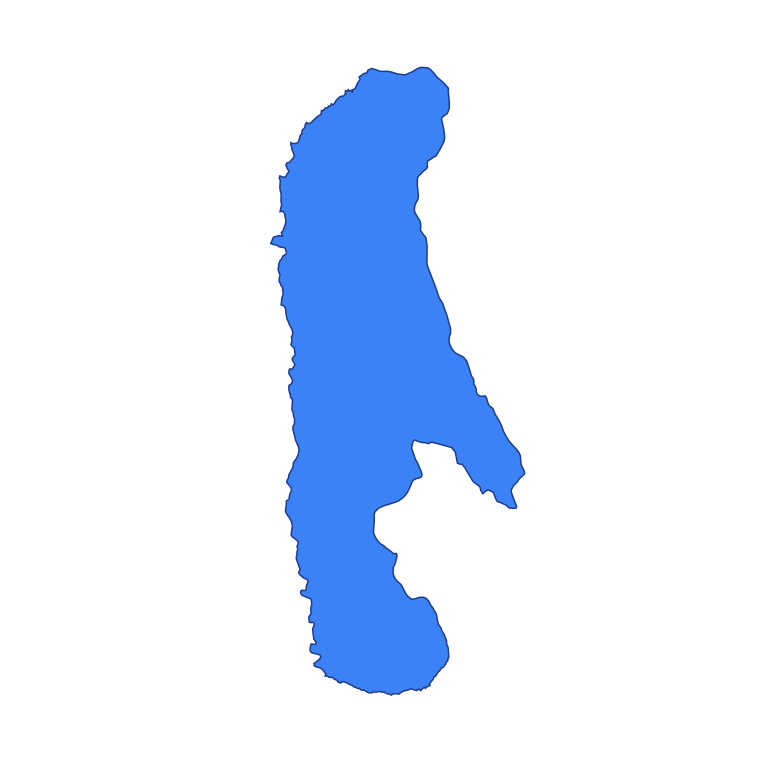 the district of Tasso Fragoso, Maranhão, Brazil, rotated 160°
{"feature_id": "56859067B89844171127470", "entity_name": "Tasso Fragoso", "entity_type": "district", "adm_level": 2, "iso_a3": "BRA", "parent_name": "Brazil", "parent_adm1": "Maranhão", "projection": "equal_earth", "projection_center": [-45.856, -8.308], "detail": "fine", "context": "isolated", "style": "filled", "palette": "blue", "viewbox_px": 768, "rotation_deg": 160, "n_neighbors": 0, "source": "geoboundaries", "source_scale": "gbopen_adm2", "svg_char_len": 6136}
<svg xmlns="http://www.w3.org/2000/svg" viewBox="0 0 768 768"><g transform="rotate(160 384 384)"><path d="M369.4,654.7L370.5,652.2L374.1,650.4L375.1,648.7L375.6,647.1L376.8,646.8L378.2,645.6L381.0,641.5L382.4,640.2L384.0,640.2L386.4,640.8L387.7,641.4L389.0,642.7L389.8,640.8L389.6,638.1L390.4,635.8L390.1,632.0L390.2,629.4L392.1,627.2L395.0,625.9L396.5,624.7L399.3,625.0L401.3,623.5L401.2,620.0L400.6,615.9L403.1,614.7L405.4,612.4L408.0,612.7L410.6,615.2L411.9,613.7L411.9,610.6L414.6,604.5L415.4,600.8L415.6,598.0L418.2,591.2L419.0,587.3L422.7,581.6L420.8,581.1L419.7,580.4L419.0,577.7L419.7,576.0L419.9,572.5L421.3,568.9L426.8,562.2L428.7,561.5L429.0,557.8L432.3,559.4L437.6,559.8L442.4,554.8L441.2,553.5L437.1,551.0L435.5,548.7L431.5,546.5L430.4,545.3L430.8,540.6L431.9,539.4L435.2,538.9L437.9,536.2L439.5,535.4L442.1,532.5L442.5,530.9L444.2,528.3L444.6,525.5L444.4,521.9L445.6,520.4L447.5,516.4L447.1,514.4L447.1,511.8L446.3,509.5L448.1,502.8L450.7,499.5L453.6,493.5L451.8,492.0L450.8,490.2L451.2,486.3L451.9,484.3L452.9,478.4L452.6,475.0L452.6,472.3L451.8,466.6L452.2,463.5L453.3,461.4L454.8,460.0L455.6,456.4L458.0,452.8L456.1,448.1L457.5,442.1L458.7,441.1L461.3,439.6L462.0,438.1L461.6,435.5L460.9,433.6L462.4,431.3L465.7,429.3L467.4,430.5L468.7,429.1L469.8,426.3L468.9,421.4L468.7,418.3L470.9,415.9L473.7,415.2L474.5,413.8L475.4,410.9L475.9,405.3L476.3,403.5L475.4,400.3L479.0,392.3L479.4,390.2L479.2,388.0L479.9,385.0L480.0,381.8L481.8,377.2L484.1,375.1L485.1,372.7L486.3,361.2L485.9,353.7L486.4,350.9L488.9,346.8L491.8,344.0L496.0,341.1L496.7,339.4L498.4,336.6L504.4,331.2L506.0,328.3L508.1,326.5L509.1,324.6L507.0,319.4L506.9,316.9L507.9,314.8L509.6,313.6L511.3,310.9L512.4,308.4L515.8,307.5L517.1,304.0L519.6,299.3L520.2,297.4L519.8,294.7L518.5,289.9L518.1,286.4L518.6,282.0L522.9,274.0L522.5,272.0L519.5,267.2L518.8,265.7L519.0,263.6L521.2,261.3L521.6,258.0L522.8,256.8L524.2,253.6L525.7,251.1L526.2,249.4L526.2,238.5L528.6,236.3L528.5,234.0L527.5,232.0L525.8,229.1L523.4,227.0L522.6,224.8L525.9,220.9L527.7,217.4L529.3,216.9L531.4,218.3L532.8,218.0L533.6,216.8L533.8,214.8L533.0,213.2L528.7,209.2L527.4,208.4L526.3,206.9L526.3,205.0L527.7,200.9L529.5,198.4L531.1,193.1L534.1,191.1L534.9,189.1L535.6,185.7L534.1,184.6L532.8,184.6L531.3,183.2L532.8,180.3L534.7,178.6L535.9,174.3L537.2,168.1L536.1,164.3L537.6,162.7L541.5,164.6L543.6,161.4L544.7,158.6L544.2,156.4L537.0,151.5L536.6,149.8L538.3,147.6L545.6,145.2L545.7,142.5L540.3,138.3L539.1,135.7L537.8,131.1L539.2,129.8L537.2,128.9L536.2,127.5L534.6,126.5L532.6,125.8L531.5,123.4L529.4,121.6L529.0,119.3L526.7,117.8L525.0,118.5L523.2,117.8L520.3,114.9L519.2,113.4L516.9,111.7L516.2,110.0L514.3,108.6L512.9,106.9L511.7,106.6L510.6,104.9L508.9,103.4L507.3,103.2L504.5,99.3L500.8,97.8L499.5,98.4L497.0,97.2L493.0,96.5L491.3,94.9L489.8,94.8L486.7,91.7L484.8,90.7L483.7,89.2L481.9,89.6L478.1,88.8L476.4,87.5L471.2,88.8L466.8,88.3L463.0,88.3L461.5,87.4L459.3,85.4L457.8,84.8L455.7,85.5L454.4,83.3L450.2,85.3L449.2,83.9L447.3,84.7L443.9,85.0L443.9,86.6L438.6,89.9L437.3,91.7L435.7,91.7L433.9,92.9L432.3,94.4L429.0,95.9L427.7,97.4L425.9,97.2L422.0,99.5L420.9,100.9L418.7,102.2L417.6,104.4L416.5,105.2L414.2,113.2L413.9,115.0L414.0,118.9L413.1,120.7L413.1,127.6L414.1,132.8L413.9,135.1L415.1,140.0L414.7,142.4L414.6,144.8L413.9,146.8L413.6,150.2L414.8,157.4L415.7,159.9L416.2,164.7L418.0,168.5L419.8,170.1L423.7,171.4L427.5,171.5L431.5,172.1L434.1,176.1L434.7,177.6L435.3,180.0L436.3,188.5L437.3,191.1L439.3,194.6L439.9,196.5L440.3,198.3L440.3,201.8L439.8,204.2L438.0,208.5L435.3,210.9L431.4,216.5L430.3,218.8L430.4,220.6L432.9,221.1L435.5,225.6L437.0,227.5L440.2,233.0L442.3,235.4L443.1,237.4L444.4,242.1L444.8,246.5L444.4,248.8L439.8,259.2L438.2,264.0L436.3,267.0L431.3,269.2L426.1,269.6L413.7,269.0L411.5,269.3L410.1,269.2L405.9,270.4L403.0,271.6L399.2,274.0L395.8,277.2L390.7,282.7L388.9,283.7L385.7,284.0L382.4,283.6L380.5,284.1L379.5,285.3L379.0,288.5L379.5,298.5L380.2,302.5L380.0,314.4L377.0,319.1L375.9,320.4L374.5,320.9L369.0,316.3L365.1,314.6L362.4,312.6L359.8,313.3L358.1,312.4L342.2,301.2L340.3,295.5L342.1,284.5L339.7,282.4L338.1,281.9L336.6,277.4L334.1,263.9L333.4,261.4L329.9,256.0L329.0,254.2L329.5,251.1L328.7,247.1L324.2,248.8L321.9,248.4L318.8,245.4L318.2,242.6L318.4,238.6L317.7,234.7L314.9,232.6L310.6,228.2L309.0,224.9L305.7,223.1L302.1,222.3L301.2,223.7L301.5,234.4L301.3,239.2L300.7,240.9L297.1,244.1L291.7,246.7L290.1,248.2L283.0,251.3L282.2,252.5L282.1,255.7L282.5,257.9L282.7,261.8L280.4,269.9L280.7,273.7L281.6,276.7L284.2,282.8L286.2,288.3L287.3,293.9L287.9,298.5L287.8,303.3L288.2,308.9L289.9,317.8L290.1,323.9L292.1,326.8L292.8,329.4L292.7,333.4L292.4,335.0L292.8,338.1L297.8,339.5L300.0,342.7L299.9,345.4L299.1,347.7L299.1,350.8L299.8,353.2L298.8,355.3L298.2,357.8L299.1,361.8L298.7,367.0L298.4,377.1L300.0,381.8L305.5,387.9L306.7,389.6L307.6,391.7L308.4,395.2L308.6,399.4L308.3,402.2L305.7,407.1L304.2,408.6L302.5,413.1L301.4,427.3L301.4,440.4L302.7,446.0L302.4,456.7L302.8,480.3L302.2,483.2L296.2,499.2L294.6,506.9L296.9,514.7L297.1,516.5L295.8,518.9L294.8,521.9L294.4,524.9L296.2,533.4L296.2,535.5L295.8,537.6L293.4,542.0L289.0,545.9L287.3,549.1L284.9,558.8L282.7,564.8L281.5,566.9L273.8,570.7L270.8,571.6L269.1,572.7L267.7,577.3L266.7,578.5L259.5,580.2L257.2,580.4L251.1,585.4L244.8,591.2L242.8,594.5L242.0,597.2L240.7,603.2L239.4,612.8L238.2,614.8L232.0,616.6L229.2,619.6L227.8,621.9L225.8,628.1L223.3,637.9L222.3,639.8L224.5,645.5L229.6,655.0L230.9,659.4L233.2,664.4L235.2,666.4L240.4,668.7L242.7,669.0L245.4,668.9L249.8,667.8L258.7,667.2L265.6,671.0L270.2,674.5L274.0,676.8L279.9,678.7L287.5,684.7L291.6,684.4L293.9,682.1L296.2,682.7L302.3,681.1L302.2,678.5L305.9,675.9L309.3,672.3L310.4,671.5L311.7,671.1L313.1,671.4L313.8,669.4L314.8,671.2L316.0,670.8L316.9,672.9L318.3,671.6L319.7,672.9L320.7,671.4L320.6,669.5L321.8,669.6L323.2,668.5L326.8,669.1L329.3,668.2L332.8,666.3L334.7,664.6L336.4,663.6L337.6,665.3L339.4,663.5L341.0,664.2L342.7,662.8L344.8,663.5L348.1,661.6L349.2,662.5L350.0,660.6L351.3,658.7L352.7,658.7L356.0,657.8L363.0,654.6L365.7,654.4L367.3,656.3L369.4,654.7Z" fill="#3b82f6" stroke="#1e3a8a" stroke-width="1.5"/></g></svg>